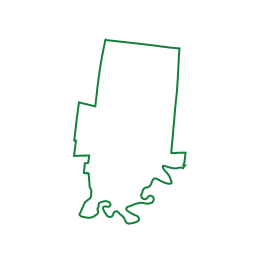 the district of Ion Roata, Ialomita, Romania, rotated 338°
{"feature_id": "2599482B97439944299156", "entity_name": "Ion Roata", "entity_type": "district", "adm_level": 2, "iso_a3": "ROU", "parent_name": "Romania", "parent_adm1": "Ialomita", "projection": "orthographic", "projection_center": [26.762, 44.681], "detail": "fine", "context": "isolated", "style": "outline", "palette": "green", "viewbox_px": 256, "rotation_deg": 338, "n_neighbors": 0, "source": "geoboundaries", "source_scale": "gbopen_adm2", "svg_char_len": 5372}
<svg xmlns="http://www.w3.org/2000/svg" viewBox="0 0 256 256"><g transform="rotate(338 128 128)"><path d="M164.2,185.9L164.5,185.5L165.6,184.5L166.9,184.0L165.5,183.1L166.0,182.2L166.4,182.0L167.1,181.5L167.9,180.3L167.9,179.9L168.2,179.3L168.3,179.2L168.5,179.1L169.1,178.1L169.8,176.8L172.1,172.4L171.3,172.1L168.8,171.1L167.2,170.5L165.6,169.9L163.2,169.1L160.2,168.1L158.8,167.4L160.6,163.6L161.9,161.1L162.8,159.4L164.2,156.7L165.7,153.8L170.7,143.8L172.3,140.9L178.9,127.8L185.8,114.8L185.9,114.7L192.4,101.4L198.8,87.6L202.1,80.5L204.3,76.0L205.5,73.5L204.0,72.7L202.5,72.0L201.8,71.6L199.1,70.2L195.5,68.3L194.3,67.6L193.3,67.0L192.2,66.4L191.1,65.8L189.9,65.2L187.9,64.1L187.7,63.8L178.0,58.5L169.1,53.6L168.9,53.5L154.6,45.8L140.1,38.0L140.1,37.8L139.9,37.9L139.4,38.7L137.6,41.6L135.6,44.5L134.2,46.6L133.0,48.5L131.8,50.3L130.8,51.8L128.1,56.1L126.3,59.0L125.7,60.1L124.3,62.5L122.5,65.4L122.5,65.5L115.8,77.2L113.6,81.3L111.9,84.5L108.8,90.1L106.3,94.8L105.8,95.7L92.1,85.9L82.6,102.7L78.3,110.6L75.9,115.0L73.5,119.4L75.0,120.3L67.6,133.4L67.5,133.6L73.0,135.7L74.2,136.1L75.2,136.5L78.4,137.7L81.7,139.0L80.1,141.9L79.1,143.6L78.3,144.9L78.2,145.2L77.6,145.4L74.8,144.6L74.4,145.3L70.2,153.1L72.6,154.5L72.8,154.1L73.5,154.6L74.3,155.2L74.4,155.4L74.5,155.5L74.3,156.1L74.1,156.7L74.0,157.0L73.8,157.5L73.5,158.4L71.9,163.7L71.2,165.9L70.4,168.3L70.4,168.7L70.5,169.8L70.7,171.5L70.7,171.8L70.7,172.0L70.4,172.7L70.0,173.5L68.4,176.8L68.4,177.0L68.0,177.6L67.1,178.5L66.8,178.8L66.5,179.0L63.3,179.8L60.6,180.7L60.1,180.9L51.7,189.0L50.5,190.0L50.6,190.5L51.4,192.4L52.1,193.0L55.4,195.1L56.9,196.0L58.5,196.8L59.3,197.0L60.1,197.1L60.8,197.2L61.5,197.2L62.0,197.2L62.4,197.2L62.9,197.2L63.4,197.2L63.9,197.1L64.9,196.8L65.4,196.6L65.8,196.6L66.2,196.6L66.6,196.5L67.2,196.3L67.5,196.1L68.1,195.6L68.4,195.4L68.7,194.8L68.9,194.4L69.0,193.4L69.1,193.0L69.1,192.5L69.2,192.1L69.3,191.9L69.4,191.6L69.6,191.4L69.8,191.2L70.2,190.8L70.5,190.7L71.0,190.2L71.3,189.9L71.4,189.6L71.7,189.0L71.8,188.4L72.1,187.9L72.2,187.7L72.5,187.3L72.7,187.1L72.9,186.9L73.2,186.8L73.4,186.7L74.1,186.6L74.5,186.6L75.4,186.7L76.3,186.7L77.3,186.9L78.2,187.0L78.9,187.1L79.6,187.3L80.1,187.5L80.7,187.9L81.2,188.3L81.7,188.7L82.6,189.6L82.9,190.2L83.1,190.8L83.2,191.2L83.2,191.7L83.1,192.1L82.9,192.8L82.8,193.1L82.6,193.3L82.3,193.5L82.0,193.6L81.7,193.7L81.2,193.8L80.9,193.8L80.6,193.8L80.4,193.7L80.1,193.6L79.7,193.4L79.3,193.2L78.5,192.7L78.1,192.5L77.5,192.2L76.9,191.9L76.2,191.9L75.8,191.9L75.4,192.1L75.1,192.4L74.9,192.6L74.7,193.0L74.6,193.5L74.6,194.0L74.7,195.6L74.8,197.0L75.1,198.9L75.4,200.5L75.6,201.1L75.9,201.7L76.1,202.1L76.5,202.6L76.9,203.1L77.3,203.4L77.7,203.6L78.3,203.9L79.1,204.0L79.5,204.0L80.1,203.8L80.4,203.7L80.7,203.5L81.0,203.3L81.3,203.1L81.6,202.8L82.2,202.0L82.6,201.7L83.5,201.1L83.9,200.9L84.1,200.7L84.5,200.7L85.0,200.6L85.3,200.6L85.5,200.7L85.8,200.8L86.1,200.9L86.6,201.2L86.7,201.3L87.3,202.4L87.6,202.9L88.0,204.2L88.2,204.8L89.0,206.1L89.2,206.6L89.5,206.9L89.8,207.4L90.1,208.2L90.3,208.4L90.3,208.7L90.4,209.1L90.5,209.5L90.6,210.0L90.7,210.3L90.7,213.6L90.8,214.3L90.8,214.5L91.1,215.2L91.4,215.6L91.8,216.1L92.3,216.5L92.7,216.8L93.2,217.1L93.7,217.2L95.9,217.7L97.1,218.0L98.0,218.1L98.9,218.2L99.5,218.2L100.6,218.1L101.7,218.1L102.1,218.0L102.9,217.8L103.4,217.6L103.8,217.1L104.1,216.5L104.3,215.9L104.3,215.5L104.4,215.0L104.3,214.7L104.0,213.9L103.6,213.2L103.4,212.9L103.1,212.6L102.3,211.9L100.9,210.4L99.2,208.5L97.8,206.7L97.0,205.4L96.5,204.7L96.3,204.2L96.1,203.8L96.0,203.0L96.0,202.6L96.0,202.4L96.2,202.1L96.9,201.5L97.5,201.2L97.9,201.0L98.4,200.9L98.6,200.9L99.7,201.1L100.3,201.2L101.5,201.2L103.3,201.1L105.4,201.1L107.1,201.2L110.0,201.7L111.0,201.9L112.0,202.2L112.7,202.4L114.0,203.2L115.2,204.0L116.2,204.7L116.7,205.0L117.3,205.2L118.0,205.5L118.4,205.7L119.8,206.0L122.3,206.2L122.6,206.1L122.9,205.9L123.3,205.7L123.8,205.3L124.2,205.0L124.7,204.5L124.9,204.1L125.1,203.8L125.2,203.5L125.4,202.9L125.4,202.5L125.5,202.1L125.4,201.7L125.3,201.4L125.2,200.8L125.0,200.6L124.4,199.8L123.8,199.3L123.4,199.1L122.9,199.0L122.4,199.0L121.6,199.1L120.8,199.4L119.9,199.9L118.7,200.4L117.8,200.6L117.5,200.6L116.4,200.0L115.9,199.7L115.4,199.1L115.1,198.5L114.8,198.1L114.7,197.5L114.6,197.1L114.7,196.3L114.9,195.6L115.2,195.1L115.4,194.7L116.7,193.6L117.0,193.2L117.4,192.7L117.7,192.1L118.3,191.4L119.1,190.7L119.5,190.5L120.4,190.1L120.9,190.0L121.4,189.9L122.1,189.9L122.6,190.0L123.6,190.2L124.3,190.3L125.1,190.3L125.8,190.2L126.4,190.0L127.3,189.4L127.9,189.0L128.4,188.5L129.8,187.1L130.8,186.1L131.4,185.6L132.0,185.2L132.5,184.9L133.0,184.8L133.2,184.7L133.5,184.7L133.7,184.8L134.6,185.1L135.2,185.5L135.8,186.0L136.4,186.9L136.9,187.4L138.6,189.5L139.6,190.5L141.2,192.2L141.8,192.7L142.4,193.2L144.1,194.5L144.8,194.9L145.3,195.2L145.8,195.4L146.7,195.5L147.4,195.4L147.6,195.3L147.9,195.1L148.0,195.0L148.1,194.5L148.2,192.9L148.2,192.4L148.3,188.9L148.3,188.0L148.1,187.3L147.9,186.2L147.4,184.4L147.1,183.6L146.7,182.7L145.9,180.6L145.7,179.8L145.6,179.2L145.5,178.5L145.5,177.6L145.6,177.0L145.7,176.8L145.8,176.6L146.0,176.4L146.3,176.4L146.6,176.4L147.1,176.6L147.6,176.9L149.2,178.1L150.3,179.0L152.9,181.0L155.1,182.4L156.2,182.9L157.2,183.3L157.9,183.6L159.1,183.8L160.0,183.9L160.8,184.0L162.1,184.4L163.2,185.1L164.2,185.9Z" fill="none" stroke="#15803d" stroke-width="2"/></g></svg>